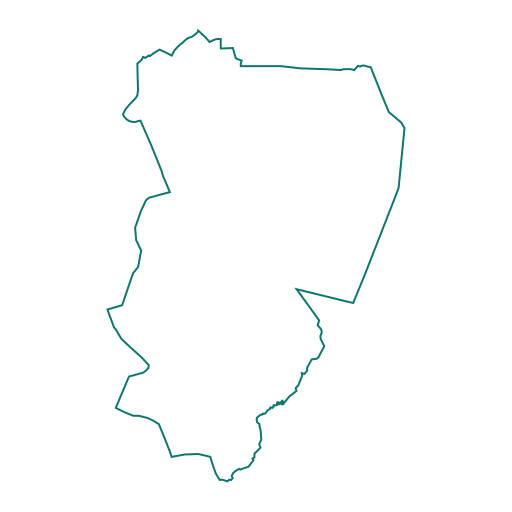 Lagos Mainland, Lagos, Nigeria (Albers equal-area conic projection)
{"feature_id": "59680162B78639882894514", "entity_name": "Lagos Mainland", "entity_type": "district", "adm_level": 2, "iso_a3": "NGA", "parent_name": "Nigeria", "parent_adm1": "Lagos", "projection": "albers", "projection_center": [3.381, 6.497], "detail": "fine", "context": "isolated", "style": "outline", "palette": "teal", "viewbox_px": 512, "rotation_deg": 0, "n_neighbors": 0, "source": "geoboundaries", "source_scale": "gbopen_adm2", "svg_char_len": 3039}
<svg xmlns="http://www.w3.org/2000/svg" viewBox="0 0 512 512"><path d="M221.7,479.6L227.6,481.3L229.2,479.7L231.1,480.0L232.7,478.1L231.7,475.9L233.1,473.0L235.5,471.1L239.0,468.9L240.3,469.6L242.2,468.8L244.2,468.2L248.4,466.7L250.3,464.4L253.5,460.1L252.5,458.5L254.4,457.5L254.5,453.6L260.5,447.7L259.5,445.4L259.3,444.1L260.6,441.0L261.3,439.7L260.6,430.3L259.8,427.6L259.5,424.8L259.3,423.9L257.2,422.4L256.6,419.6L257.0,417.7L259.2,415.8L260.6,414.8L262.1,414.6L262.9,413.6L263.6,414.0L265.5,413.2L266.4,412.0L267.4,410.4L269.8,409.1L270.4,407.4L272.5,407.9L272.9,407.0L273.7,406.6L273.5,405.4L274.6,405.1L276.1,405.4L277.2,404.9L277.0,403.4L277.3,402.4L278.2,402.2L278.8,404.0L279.7,404.3L280.7,403.8L280.5,403.0L281.3,403.2L282.2,404.4L283.1,404.0L281.6,402.2L281.3,401.7L282.2,400.7L284.3,402.6L289.5,396.3L296.4,391.0L295.7,388.0L298.4,385.2L302.2,375.5L301.8,373.1L304.4,373.9L307.2,370.7L307.1,367.7L311.7,359.4L316.4,358.8L318.4,357.4L323.9,346.9L324.2,346.0L320.7,339.0L320.4,336.0L321.8,332.3L321.2,329.4L317.7,325.3L319.1,320.4L308.5,305.6L300.4,294.5L296.6,289.2L347.9,301.8L353.2,303.0L365.1,274.0L395.1,197.2L398.6,187.9L404.5,128.1L401.4,122.7L388.8,112.0L381.8,95.1L370.7,67.1L367.3,66.6L363.9,65.5L361.9,65.7L360.8,66.1L360.3,66.5L358.8,66.2L358.5,65.9L358.0,65.8L357.0,66.8L355.7,68.6L355.0,68.9L354.6,69.4L354.4,70.1L352.5,69.6L350.4,69.2L347.6,69.1L345.2,69.2L343.5,69.1L341.2,70.0L340.1,70.0L335.4,69.7L325.9,69.2L316.5,68.9L301.0,68.4L298.7,68.2L294.9,67.7L289.2,67.1L283.4,66.4L279.1,66.1L269.4,66.1L265.1,66.1L259.4,66.1L253.6,66.1L241.7,66.1L240.8,66.1L240.8,63.6L241.1,62.4L241.6,60.6L237.3,59.0L235.8,58.3L235.6,57.7L235.0,55.6L234.3,53.3L233.6,50.7L233.0,48.6L232.8,48.0L229.3,48.2L225.6,48.3L223.1,48.5L220.8,48.4L220.7,43.3L220.8,39.1L217.3,39.0L215.3,39.4L213.3,40.2L209.5,42.0L207.6,39.7L205.3,37.2L202.2,34.3L198.7,31.0L198.3,30.7L198.3,30.8L197.3,32.4L196.1,33.7L192.2,36.6L191.0,37.0L187.6,38.3L187.5,38.6L185.7,39.7L184.2,41.2L182.4,42.8L180.4,44.3L177.4,47.1L174.5,50.4L173.5,52.1L171.7,55.6L166.7,53.0L163.4,51.4L159.7,49.6L157.0,51.1L153.1,53.6L150.2,55.9L149.6,56.1L149.2,56.0L148.8,55.5L147.7,56.3L145.3,57.9L143.0,56.9L142.6,57.6L142.2,58.9L141.3,60.1L139.8,61.6L138.4,62.7L137.4,63.6L137.4,66.5L138.0,90.3L137.4,95.1L136.2,97.4L133.4,100.5L129.3,104.7L125.1,109.9L123.0,114.5L123.9,116.2L125.7,118.5L126.7,119.4L129.0,120.9L131.8,121.8L134.4,122.0L136.3,121.7L138.0,121.1L140.5,120.7L151.2,145.2L158.3,162.8L161.4,170.6L163.1,176.3L167.4,186.2L169.8,192.1L149.1,197.7L146.0,200.2L140.9,211.1L135.1,227.8L136.2,240.2L141.2,250.6L138.1,267.0L133.1,273.1L122.1,305.2L107.5,309.5L109.8,316.0L114.0,327.4L115.7,329.3L121.4,338.9L128.5,345.6L141.9,357.7L148.7,365.1L148.5,367.8L145.6,371.0L143.0,372.7L129.2,376.5L128.7,377.2L115.8,407.8L116.0,408.0L123.6,411.8L133.0,415.7L138.9,415.8L147.3,417.9L152.4,420.2L158.8,424.1L164.4,437.6L169.6,450.9L171.7,456.9L184.6,454.5L198.3,454.0L210.3,456.8L212.3,463.6L215.7,473.3L219.7,480.0L221.7,479.6Z" fill="none" stroke="#0f766e" stroke-width="2"/></svg>